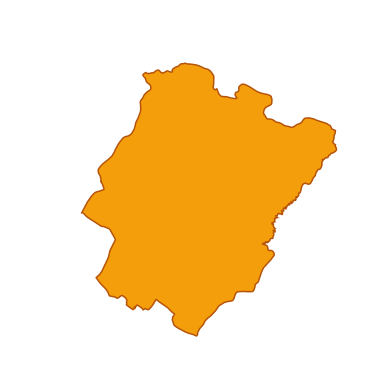 outline of Phu Sing, Si Sa Ket, Thailand, rotated 214°
{"feature_id": "78962969B17972305807054", "entity_name": "Phu Sing", "entity_type": "district", "adm_level": 2, "iso_a3": "THA", "parent_name": "Thailand", "parent_adm1": "Si Sa Ket", "projection": "albers", "projection_center": [104.106, 14.491], "detail": "fine", "context": "isolated", "style": "filled", "palette": "amber", "viewbox_px": 384, "rotation_deg": 214, "n_neighbors": 0, "source": "geoboundaries", "source_scale": "gbopen_adm2", "svg_char_len": 6010}
<svg xmlns="http://www.w3.org/2000/svg" viewBox="0 0 384 384"><g transform="rotate(214 192 192)"><path d="M107.5,323.2L110.5,322.6L111.4,322.5L114.1,324.2L118.7,324.1L128.7,321.2L132.1,320.6L135.4,319.3L137.1,318.4L137.8,317.6L138.5,317.3L139.5,316.5L140.1,314.6L140.0,312.1L140.6,309.3L141.2,308.8L141.8,307.7L142.5,307.0L144.5,302.3L145.9,301.1L149.2,300.1L150.9,299.3L152.5,298.8L157.0,298.6L158.8,298.1L161.5,297.0L164.5,297.1L166.0,296.9L167.7,296.3L170.7,294.6L176.3,297.0L177.3,298.0L178.3,301.0L178.2,302.7L177.6,304.6L176.6,306.1L175.5,308.4L175.4,309.2L175.6,310.3L177.7,313.7L178.9,314.6L179.2,314.6L179.8,315.5L181.5,315.6L184.9,314.7L186.5,313.9L189.4,312.8L193.8,311.7L203.4,311.4L206.7,311.0L208.7,310.6L210.2,309.8L211.0,309.0L211.9,306.1L211.9,305.6L211.5,304.7L210.1,302.6L210.0,302.1L210.1,300.7L211.2,299.4L211.4,298.5L210.8,296.9L210.1,296.2L207.5,295.1L207.5,294.3L209.6,293.0L212.4,291.7L216.6,290.3L220.5,288.0L221.3,287.8L223.7,288.0L226.7,289.7L228.7,291.3L229.2,291.3L229.9,289.8L230.5,289.5L231.0,289.5L231.8,289.8L232.7,290.4L233.3,291.1L234.4,293.6L236.4,296.6L237.3,298.3L238.5,299.8L239.2,300.5L240.1,301.0L243.1,302.1L244.8,302.6L247.4,302.6L250.8,301.5L255.9,300.7L259.3,299.8L264.2,297.5L268.0,295.3L269.7,295.0L271.0,293.4L272.5,292.4L272.9,291.7L273.9,288.2L274.9,287.2L275.8,285.5L276.7,283.0L276.5,281.7L275.8,281.2L275.5,280.8L275.9,280.0L277.2,279.3L278.6,279.1L280.2,278.6L280.8,277.8L281.9,275.3L283.3,274.0L283.9,273.7L287.5,274.4L288.3,274.1L288.9,273.5L289.9,271.8L290.4,269.7L290.9,269.0L292.0,268.3L292.9,267.1L294.7,265.6L295.7,265.2L297.0,265.3L297.8,263.9L298.2,262.3L298.2,261.9L297.8,261.3L296.9,260.8L294.2,260.1L292.1,258.4L291.2,257.9L290.1,257.6L286.7,257.4L285.7,256.8L283.9,254.9L283.8,253.0L285.0,250.5L285.8,246.8L285.9,245.3L285.4,242.6L285.6,239.1L285.3,237.8L284.6,236.8L283.3,235.4L280.5,231.5L279.5,229.2L278.1,223.4L277.3,217.8L276.0,214.8L275.0,211.4L274.8,206.9L275.1,205.1L276.2,202.8L278.0,200.8L278.7,199.8L279.5,197.7L279.9,191.2L279.3,184.1L278.7,182.2L278.5,176.8L279.7,171.8L281.6,165.8L282.2,162.4L282.4,159.9L282.1,157.9L281.9,157.4L280.5,155.8L279.2,154.9L277.8,154.4L276.7,153.7L275.7,152.5L274.2,151.3L273.5,149.6L272.7,149.8L272.5,149.5L272.0,149.0L270.9,148.6L267.3,145.9L266.4,144.8L268.8,141.5L271.5,138.3L272.1,137.2L272.6,135.1L273.0,132.0L273.1,125.1L271.8,113.1L271.0,113.5L270.3,113.7L264.9,112.6L248.1,112.9L245.6,114.1L240.1,115.2L239.3,115.1L230.3,110.6L229.1,109.8L228.8,109.5L227.5,99.4L227.1,97.1L225.3,92.5L224.6,90.1L222.4,76.2L222.5,72.0L223.6,67.5L223.1,67.2L217.0,65.0L208.9,63.3L205.3,61.7L202.9,60.0L202.1,59.8L197.1,61.9L194.5,62.1L194.3,62.7L193.6,63.7L192.8,66.3L192.5,66.8L191.5,67.2L188.2,67.1L186.1,66.3L185.2,65.5L184.8,64.1L183.7,63.0L183.3,61.8L178.9,61.5L175.1,61.5L174.9,61.8L175.0,62.1L174.8,63.0L174.2,63.9L174.2,64.4L174.5,64.7L175.2,64.1L175.5,64.4L174.5,65.6L174.6,66.7L174.4,67.5L171.5,67.8L168.1,67.6L166.6,67.0L165.7,69.1L162.7,69.7L162.0,71.0L161.5,73.8L161.4,78.1L161.7,82.7L161.5,82.9L157.7,82.6L147.5,82.5L141.8,81.3L138.4,81.1L138.0,80.3L138.1,77.7L136.8,75.0L133.2,72.1L131.7,71.4L127.1,71.4L119.7,72.2L116.5,72.8L111.7,74.4L107.7,75.2L107.7,77.0L108.7,78.4L109.2,82.9L108.5,88.8L109.0,91.7L109.0,93.2L108.3,96.6L107.2,99.9L106.4,104.8L106.1,106.3L106.0,112.7L103.5,118.4L101.2,121.1L98.3,123.8L97.6,124.9L97.5,125.6L97.6,126.8L98.9,131.5L99.0,132.5L98.6,134.4L97.9,135.2L96.1,136.6L92.5,139.1L89.7,140.7L86.7,142.9L86.2,143.3L85.8,144.5L85.9,145.4L86.6,148.1L87.7,150.4L87.6,151.6L86.9,154.2L87.1,155.7L89.4,163.8L90.0,166.6L90.3,169.3L88.8,179.8L88.5,185.4L89.5,186.9L90.1,187.4L91.8,188.0L93.1,188.0L94.2,187.5L95.4,186.6L96.0,186.5L96.9,186.9L98.5,188.7L99.6,189.3L100.4,189.4L103.4,188.6L104.5,188.5L104.3,189.2L103.6,190.0L102.7,190.0L102.7,190.3L103.1,190.7L103.1,191.0L102.5,191.5L102.9,191.9L102.5,192.1L101.7,192.0L101.8,192.6L101.7,192.9L101.0,192.7L100.7,193.0L100.7,194.4L100.3,195.2L100.7,196.1L100.6,196.7L100.8,197.3L100.0,198.2L99.2,198.6L99.1,198.9L99.8,199.8L100.1,202.0L100.8,203.0L101.6,203.5L101.5,204.8L102.7,205.3L101.6,205.9L101.1,205.9L101.5,206.4L102.6,206.5L102.9,206.8L102.5,208.2L103.6,208.3L105.1,208.9L106.1,209.9L106.4,210.8L107.8,210.2L108.3,211.3L107.5,211.5L107.6,212.9L106.8,213.4L106.6,213.7L107.3,214.3L107.7,215.1L108.4,215.4L108.7,216.1L108.7,216.5L108.1,216.5L107.7,216.9L108.0,217.8L107.2,218.4L108.1,218.3L108.3,218.7L109.2,219.2L109.0,219.4L108.2,219.4L108.0,219.8L108.3,220.5L108.5,222.3L108.1,222.8L106.8,223.0L105.9,224.4L105.4,224.4L105.4,223.6L105.2,223.5L104.8,223.7L104.6,224.1L104.8,224.7L105.3,224.8L105.3,225.3L105.7,225.9L107.1,226.6L105.7,227.3L105.4,227.7L107.0,229.4L106.4,229.6L106.4,230.0L106.6,230.3L106.4,230.6L105.0,230.4L104.7,230.6L104.8,230.9L105.5,231.0L105.4,231.4L105.9,231.8L105.2,232.2L105.7,232.7L105.6,233.1L105.2,233.6L105.3,234.7L105.0,235.5L104.6,235.4L104.1,235.6L104.0,236.4L104.9,236.7L104.5,237.0L104.4,237.7L104.2,238.1L104.3,238.7L103.3,238.1L103.0,238.4L103.0,238.7L103.7,238.8L103.9,239.0L103.8,239.3L102.8,239.7L102.8,240.6L103.4,241.3L103.5,241.6L101.7,242.9L101.8,243.2L102.2,243.3L102.1,244.0L101.7,243.9L101.8,244.3L102.4,245.0L102.9,246.1L102.7,246.3L102.5,246.2L102.6,245.9L102.4,245.8L101.8,246.3L101.9,246.7L102.4,246.4L102.5,246.7L101.7,247.8L101.6,248.9L102.3,249.6L102.9,250.7L102.2,251.2L102.0,252.0L102.4,253.4L103.9,257.4L104.3,259.5L104.2,260.9L103.8,261.7L102.9,262.6L102.3,262.9L100.8,263.2L99.8,263.6L99.3,264.0L98.7,265.2L98.6,265.8L98.9,269.3L99.4,271.1L99.0,274.5L99.8,276.8L100.1,280.6L99.8,281.5L99.1,282.0L98.7,282.5L98.6,284.1L99.1,286.1L99.7,287.9L100.7,288.6L101.0,289.2L101.0,291.2L101.8,291.3L101.9,291.5L101.6,291.5L101.3,292.4L100.7,293.1L100.8,293.8L100.6,294.8L99.9,295.2L98.7,296.7L99.1,298.8L98.5,299.3L98.5,300.7L98.3,301.9L97.4,302.6L96.5,304.4L95.9,305.9L95.7,307.3L95.8,307.7L97.2,309.3L98.9,310.0L99.5,311.4L101.7,311.4L103.3,312.1L103.5,313.3L104.3,315.9L105.7,318.2L106.2,320.8L107.5,323.2Z" fill="#f59e0b" stroke="#b45309" stroke-width="1.5"/></g></svg>